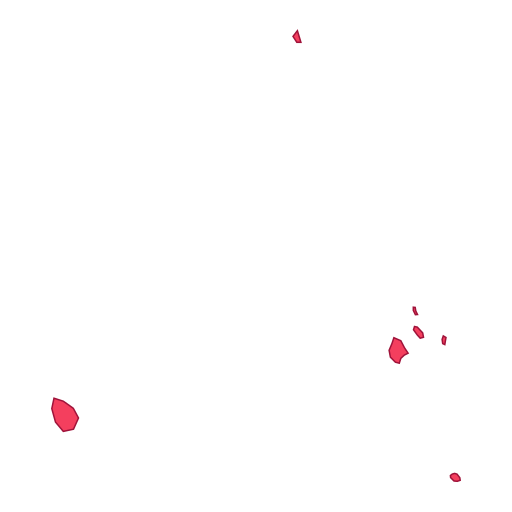 outline of La Digue and Inner Islands
{"feature_id": "SYC-5212", "entity_name": "La Digue and Inner Islands", "entity_type": "state/province", "adm_level": 1, "iso_a3": "SYC", "parent_name": "Seychelles", "parent_adm1": "", "projection": "mercator", "projection_center": [55.767, -4.192], "detail": "fine", "context": "isolated", "style": "filled", "palette": "rose", "viewbox_px": 512, "rotation_deg": 0, "n_neighbors": 0, "source": "natural_earth", "source_scale": "10m", "svg_char_len": 820}
<svg xmlns="http://www.w3.org/2000/svg" viewBox="0 0 512 512"><path d="M73.5,429.2L63.3,431.4L55.5,422.1L51.8,408.6L54.0,398.2L63.3,401.2L73.3,408.3L78.5,418.0L73.5,429.2ZM393.9,337.7L400.8,340.7L404.5,347.8L408.1,353.2L404.3,355.1L400.8,358.4L399.3,363.2L395.4,362.2L390.4,357.2L389.1,350.3L392.0,343.4L393.9,337.7ZM414.5,326.5L417.3,327.1L422.7,332.9L423.5,337.3L420.2,338.2L417.3,335.0L413.5,329.8L414.5,326.5ZM454.6,473.4L457.0,474.1L459.8,477.7L460.2,480.3L457.3,481.3L454.0,481.0L450.6,477.6L450.4,475.5L452.2,474.1L454.6,473.4ZM297.4,30.7L300.9,42.3L296.8,42.3L293.0,36.4L297.4,30.7ZM443.3,335.9L446.0,337.5L445.4,340.9L444.8,344.6L442.7,343.6L442.1,339.4L443.3,335.9ZM413.3,307.2L415.2,307.4L415.8,311.0L417.5,314.5L415.4,314.7L413.3,310.4L413.3,307.2Z" fill="#f43f5e" stroke="#9f1239" stroke-width="1.5"/></svg>